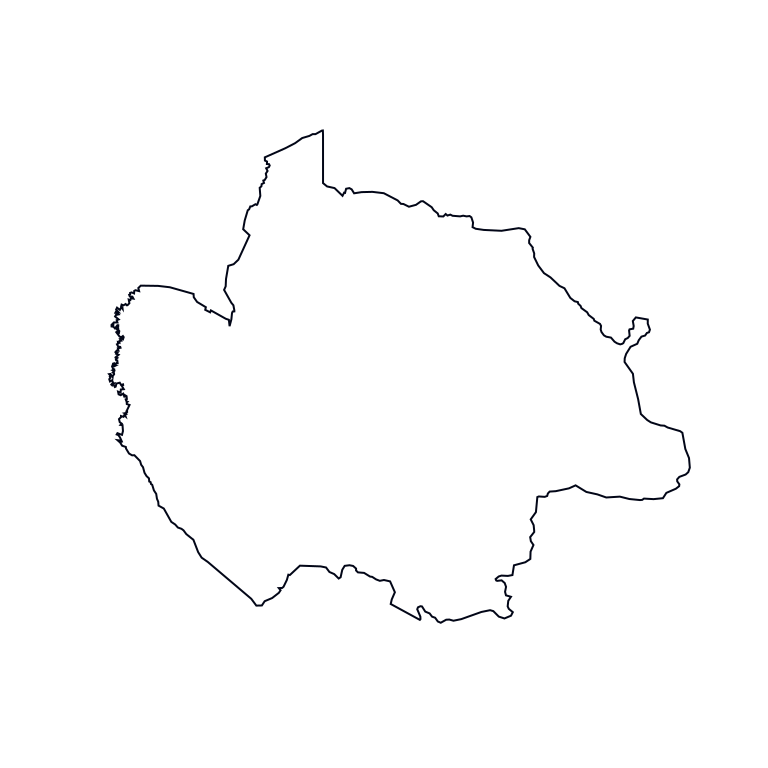 Facatativá, Cundinamarca, Colombia, rotated 162°
{"feature_id": "7082276B42545892213611", "entity_name": "Facatativá", "entity_type": "district", "adm_level": 2, "iso_a3": "COL", "parent_name": "Colombia", "parent_adm1": "Cundinamarca", "projection": "robinson", "projection_center": [-74.291, 4.831], "detail": "fine", "context": "isolated", "style": "outline", "palette": "ink", "viewbox_px": 768, "rotation_deg": 162, "n_neighbors": 0, "source": "geoboundaries", "source_scale": "gbopen_adm2", "svg_char_len": 6166}
<svg xmlns="http://www.w3.org/2000/svg" viewBox="0 0 768 768"><g transform="rotate(162 384 384)"><path d="M329.0,142.4L333.3,145.3L333.1,148.9L330.6,153.4L330.7,157.4L332.8,160.9L337.2,161.8L338.0,162.5L338.1,164.0L334.4,165.5L331.5,165.5L325.5,163.2L320.9,162.6L316.4,171.4L304.7,170.8L298.9,172.4L296.4,179.3L291.6,184.7L292.9,189.1L292.3,193.2L286.9,196.8L286.4,198.5L285.3,203.5L286.3,209.9L279.1,215.2L273.1,229.1L271.5,229.2L266.0,227.0L263.4,227.1L262.0,229.2L259.7,230.5L253.8,229.0L240.3,227.6L233.1,228.4L224.9,218.8L215.2,213.1L207.7,207.4L194.5,204.0L186.2,198.8L176.4,194.5L174.2,194.0L172.2,194.7L163.2,191.2L154.0,189.2L149.1,193.2L138.8,194.2L134.9,195.6L134.1,197.3L135.2,200.8L134.7,202.7L131.8,204.4L125.1,204.7L121.9,206.1L119.0,209.9L116.8,219.3L117.5,229.1L115.3,245.4L116.9,247.6L127.7,255.0L130.2,257.7L133.7,259.1L142.0,265.0L144.8,268.4L149.0,276.1L147.0,291.0L145.8,308.4L144.1,316.8L148.4,330.6L147.1,334.1L144.4,337.8L138.0,343.2L130.7,344.0L128.2,346.9L124.5,349.5L120.7,349.4L118.2,351.3L116.0,351.3L114.3,353.5L114.5,359.9L113.2,363.8L123.9,369.5L127.9,367.0L128.6,362.0L129.9,359.6L133.6,360.1L134.4,359.1L135.5,353.9L138.0,352.4L140.8,352.0L143.8,348.9L145.2,348.6L147.1,348.7L149.8,350.7L151.7,353.0L153.8,358.0L158.0,360.3L159.8,362.3L161.1,366.2L161.1,368.8L159.6,372.2L160.0,374.4L164.4,379.2L164.4,381.1L168.0,386.3L168.6,389.4L172.8,395.2L172.9,397.5L174.5,400.4L174.3,402.0L177.2,403.8L180.2,408.3L182.8,419.3L186.8,423.1L192.7,433.9L197.6,440.0L200.7,449.1L202.0,458.4L200.8,461.8L200.9,466.7L200.3,467.7L202.4,473.2L201.5,475.9L199.3,478.7L202.3,487.6L207.7,490.6L224.9,493.4L241.5,499.7L248.8,503.3L251.3,505.8L249.4,510.0L249.4,515.5L250.7,517.3L253.7,517.9L256.7,519.6L259.8,519.9L266.8,522.8L268.6,524.6L271.6,524.6L272.8,526.6L275.8,525.0L280.1,526.6L280.2,529.6L283.0,533.9L284.0,537.4L290.4,545.8L292.4,546.3L298.2,544.5L305.5,544.9L309.9,549.2L312.2,550.1L314.3,554.4L325.2,565.5L335.6,570.3L346.0,573.4L353.5,574.6L354.6,579.1L356.4,581.0L359.7,581.4L362.0,577.8L362.8,578.3L365.3,575.8L370.5,585.6L377.1,589.5L379.9,593.9L365.0,639.8L363.8,644.0L364.7,644.2L372.0,642.8L374.7,643.7L378.3,643.0L385.8,643.2L394.2,640.5L405.2,638.7L427.3,636.4L428.2,633.3L426.5,631.7L427.4,629.4L425.4,628.6L425.2,627.1L426.5,625.8L429.4,625.6L428.9,622.6L431.4,620.6L431.8,617.1L434.4,614.9L435.9,614.8L436.0,612.3L438.6,611.9L439.5,609.9L441.6,609.0L443.5,601.1L448.9,594.0L449.6,593.6L450.7,594.7L454.8,593.8L456.3,594.2L458.3,591.8L459.9,591.3L465.9,582.6L470.1,574.7L465.9,567.0L484.1,547.2L490.0,544.4L495.6,544.5L501.8,532.7L504.4,525.8L507.0,522.9L504.1,508.4L502.9,505.4L503.6,500.2L503.9,499.3L505.5,499.7L506.6,498.5L509.2,492.6L513.0,486.7L511.7,493.0L514.3,494.9L525.9,507.5L527.2,505.9L531.1,509.8L529.7,512.1L536.4,519.8L538.1,525.3L537.3,528.5L557.8,542.2L568.5,547.1L584.9,552.7L588.0,551.2L588.2,548.0L591.4,550.0L592.8,549.7L593.7,547.4L595.8,549.1L597.3,549.1L597.7,547.8L598.8,547.6L598.7,545.8L596.3,544.8L595.9,542.6L598.2,543.7L599.3,542.2L600.7,543.2L601.2,539.5L603.6,538.2L604.4,538.4L605.0,539.9L607.5,539.3L609.0,540.6L610.0,539.1L609.1,537.7L609.4,536.3L609.8,537.6L610.7,537.7L612.3,536.1L614.3,539.1L615.8,537.5L614.3,534.3L616.7,535.5L617.5,534.7L615.4,533.6L614.8,532.2L617.6,532.5L618.9,531.3L616.4,527.4L618.5,527.3L618.5,524.9L621.8,526.0L624.9,524.4L625.3,522.9L624.7,522.6L624.2,523.8L623.2,523.8L623.8,522.5L622.7,520.0L619.4,522.3L618.6,522.0L619.1,520.6L621.4,519.6L621.2,518.9L620.4,519.8L619.6,519.0L620.0,517.6L619.4,516.1L620.4,514.3L621.3,514.6L621.4,516.3L622.6,516.0L620.8,510.7L619.2,509.7L617.5,510.3L617.1,509.0L618.4,507.2L619.4,508.5L621.2,508.4L620.5,506.4L622.4,506.6L622.8,505.0L624.1,506.1L624.4,504.6L625.7,504.3L625.2,501.7L623.4,500.8L623.4,499.9L626.1,500.2L626.2,498.3L627.6,498.5L629.6,497.3L629.3,496.5L627.8,496.3L629.3,495.4L627.4,493.8L630.8,492.4L629.6,491.2L631.4,490.6L631.4,489.3L630.4,488.8L630.9,486.2L631.9,486.6L633.6,485.6L634.1,487.1L635.4,487.1L636.0,486.1L633.3,484.5L635.2,484.2L636.6,485.4L637.2,484.7L636.9,481.7L635.3,481.0L637.8,480.9L636.6,479.7L638.4,478.7L637.4,477.8L637.7,476.6L639.4,475.6L640.0,474.3L641.1,478.1L642.4,478.3L641.6,476.3L642.5,475.8L642.4,474.4L643.8,473.5L643.8,471.1L641.4,471.6L641.3,469.1L643.5,467.7L643.0,466.8L641.7,468.2L640.6,468.0L641.4,467.4L640.9,464.3L640.0,464.4L638.4,467.1L634.9,466.9L634.4,464.4L632.3,464.3L632.4,463.6L634.0,463.5L633.1,459.5L636.0,460.1L637.2,457.2L639.3,458.9L639.6,456.2L637.9,454.7L635.0,455.4L634.9,452.2L634.1,452.1L633.9,453.5L632.6,452.0L633.2,449.2L634.4,449.2L634.3,447.2L633.4,446.4L634.4,446.0L634.8,444.4L632.5,442.7L636.4,438.6L636.9,437.0L637.5,437.4L638.2,436.1L639.7,436.3L638.5,435.0L639.8,434.7L639.8,433.1L640.7,434.6L641.9,433.3L644.0,434.8L644.3,433.8L646.9,432.5L647.1,429.3L645.7,427.4L647.2,426.5L645.4,425.7L646.8,419.9L648.9,416.6L652.7,419.6L653.8,418.6L652.4,417.5L651.6,414.8L651.1,410.2L652.3,410.2L652.9,412.0L654.8,412.9L653.0,409.8L652.1,406.2L649.0,403.9L649.3,402.3L648.0,396.7L645.6,394.0L643.4,393.4L639.8,386.1L639.9,382.2L638.9,379.3L639.2,373.6L638.3,369.8L636.7,366.9L637.4,363.8L636.3,362.8L636.5,360.9L635.6,359.8L635.7,353.9L634.6,349.9L635.4,345.0L635.1,341.8L636.0,338.0L631.9,333.6L628.9,318.6L626.0,314.9L624.4,311.2L621.4,308.9L619.9,306.8L618.4,302.3L613.4,294.7L612.7,281.5L611.1,275.2L606.5,269.1L576.6,220.7L573.9,212.7L568.6,211.1L564.6,214.3L556.5,215.0L548.5,217.9L546.1,219.8L547.1,222.4L543.9,221.5L542.2,222.2L536.9,227.7L533.9,232.2L532.6,231.4L520.1,237.2L500.6,230.1L495.8,227.4L494.0,222.1L490.1,218.6L487.2,213.0L485.0,213.6L481.1,220.2L477.6,223.2L472.8,222.3L469.6,220.5L467.6,217.1L468.2,215.3L467.0,212.9L461.3,210.5L456.8,205.2L454.8,204.2L451.9,200.6L448.8,198.1L444.6,197.6L439.2,194.4L438.0,182.6L443.2,176.7L445.6,172.7L422.8,148.6L422.0,149.1L421.3,151.5L422.0,159.5L420.7,161.1L418.0,161.4L416.6,160.7L415.1,154.8L411.5,151.7L410.2,147.9L407.6,145.9L406.2,141.5L403.8,139.4L397.7,140.6L394.7,139.8L391.1,137.4L383.2,136.5L361.8,137.1L353.0,136.1L350.2,134.2L346.7,127.3L341.9,123.8L334.8,124.4L332.0,127.2L334.8,131.6L335.1,134.3L332.8,139.4L329.0,142.4Z" fill="none" stroke="#020617" stroke-width="2"/></g></svg>